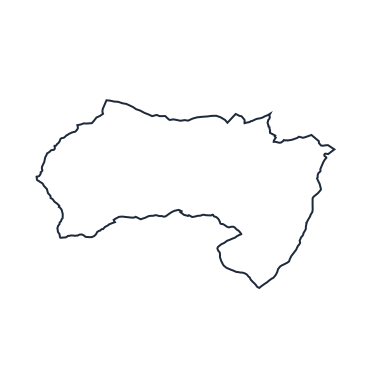 Rosia Montana, Alba, Romania, rotated 347°
{"feature_id": "2599482B9774767997162", "entity_name": "Rosia Montana", "entity_type": "district", "adm_level": 2, "iso_a3": "ROU", "parent_name": "Romania", "parent_adm1": "Alba", "projection": "robinson", "projection_center": [23.088, 46.307], "detail": "fine", "context": "isolated", "style": "outline", "palette": "slate", "viewbox_px": 384, "rotation_deg": 347, "n_neighbors": 0, "source": "geoboundaries", "source_scale": "gbopen_adm2", "svg_char_len": 5966}
<svg xmlns="http://www.w3.org/2000/svg" viewBox="0 0 384 384"><g transform="rotate(347 192 192)"><path d="M236.0,300.6L238.1,299.5L242.2,297.8L244.7,296.9L247.5,295.5L249.3,294.7L250.3,294.3L251.2,294.2L251.9,293.9L252.8,293.3L254.9,291.7L256.9,289.3L257.9,287.7L258.3,286.7L261.1,284.4L262.2,284.0L263.4,283.6L264.9,283.3L265.9,283.1L267.6,282.6L268.7,282.4L270.0,281.9L271.0,281.4L272.1,279.6L274.2,276.9L280.7,271.5L281.8,269.9L282.4,269.3L283.1,268.3L284.0,267.8L284.6,267.3L285.5,266.4L285.8,266.0L286.0,265.5L285.9,263.8L286.4,263.0L286.9,262.4L287.7,261.3L288.3,260.5L289.0,260.1L289.6,259.7L290.7,258.6L291.1,257.9L291.2,257.4L291.5,257.0L292.5,256.0L294.5,253.8L294.7,253.1L295.2,251.4L295.3,251.0L296.2,249.1L296.6,248.3L296.4,247.9L296.9,247.5L298.7,245.4L301.6,242.3L302.3,241.1L304.8,238.5L305.7,236.0L306.9,230.3L308.1,225.3L308.9,224.4L310.1,223.6L314.4,221.5L317.7,219.1L318.3,218.3L318.2,212.7L317.8,211.3L316.9,206.9L317.8,205.8L318.0,204.6L318.6,203.2L319.5,202.0L321.7,200.8L322.0,200.2L322.1,198.9L322.4,198.3L326.7,192.4L328.6,190.4L330.6,189.0L330.6,188.3L329.4,187.0L329.1,186.2L329.4,185.3L330.0,184.7L330.9,184.7L333.2,185.7L340.3,182.5L335.1,177.0L334.1,176.8L333.2,176.6L332.7,176.6L332.1,176.5L329.5,176.3L328.1,175.6L326.7,172.9L327.0,171.0L321.2,163.3L314.3,164.1L312.3,164.1L308.6,162.2L306.7,163.0L301.1,163.6L296.6,163.3L296.1,162.9L294.2,162.7L293.2,162.0L292.0,163.0L290.0,163.8L288.7,163.8L287.1,163.2L285.8,162.4L284.3,161.8L282.9,161.5L283.4,160.2L285.9,157.8L285.1,156.4L285.8,155.7L281.3,151.9L281.5,150.6L281.9,150.1L281.8,147.4L282.1,146.4L281.3,145.6L281.3,144.6L281.5,144.5L281.2,142.2L281.3,141.2L281.9,140.4L282.3,139.2L283.8,138.1L284.6,136.8L284.6,134.7L285.8,133.3L283.4,134.1L280.7,134.5L277.0,135.4L274.5,135.5L272.3,135.3L270.3,135.5L266.7,136.3L265.9,136.3L265.3,136.2L264.6,136.6L263.7,136.8L261.3,136.7L258.7,136.8L258.7,136.2L258.9,135.6L259.3,134.5L259.4,133.6L259.1,132.8L257.3,129.4L256.6,129.0L255.5,128.6L253.0,126.5L252.1,125.8L242.1,132.5L240.4,129.2L236.5,125.5L232.8,123.2L228.1,122.2L224.4,121.9L218.7,121.0L213.7,120.4L209.2,120.6L204.2,121.6L201.1,120.3L196.8,120.0L192.5,118.0L190.0,117.0L187.8,116.9L186.4,116.7L185.5,115.8L183.0,112.0L177.5,110.8L175.0,109.0L170.2,109.1L167.0,106.6L163.7,104.4L159.7,100.9L156.1,98.7L153.8,96.1L151.3,94.1L147.8,91.4L144.4,90.0L140.3,87.5L136.6,86.4L132.6,84.5L129.3,83.4L123.6,91.2L122.7,93.8L122.9,95.8L119.4,97.2L115.7,97.9L112.8,100.3L109.9,102.4L104.3,101.5L102.0,100.8L98.7,101.2L95.3,101.1L95.4,102.2L95.3,103.2L95.2,104.0L94.9,104.5L94.0,105.5L93.1,106.0L92.7,106.5L91.8,106.9L91.3,107.0L90.1,106.9L89.4,107.0L88.4,107.0L87.8,107.1L86.8,107.4L85.7,107.5L83.5,108.4L82.6,108.5L82.0,108.8L81.7,109.1L81.4,109.3L79.6,110.2L78.9,110.3L78.0,110.3L77.4,110.2L76.8,110.3L76.0,110.6L75.5,111.1L74.6,112.5L74.3,113.0L73.3,113.8L72.8,114.3L72.0,114.6L71.4,114.9L70.4,115.9L69.9,116.2L69.5,116.3L68.5,116.1L68.1,115.5L68.5,117.1L68.1,118.7L67.7,119.3L67.1,119.7L66.6,119.8L65.7,119.8L64.7,119.6L64.0,119.7L63.3,120.1L62.7,120.6L61.3,121.2L59.7,121.7L59.3,122.0L58.7,123.0L57.0,125.0L56.4,125.9L56.1,126.7L55.5,127.9L55.1,128.8L54.9,129.4L53.5,131.1L52.6,132.4L52.0,133.0L51.3,134.2L51.0,135.7L50.9,135.9L51.1,136.7L51.0,137.3L50.7,137.8L50.0,138.3L49.0,138.7L48.9,138.9L48.8,139.9L48.6,140.2L47.3,141.6L46.5,142.1L45.5,142.2L44.9,142.2L44.3,142.1L44.0,142.1L43.9,142.6L44.0,143.1L43.7,144.9L43.8,145.5L44.3,146.1L45.5,147.1L46.0,147.8L47.7,149.4L48.4,150.4L48.8,151.5L49.0,152.7L49.6,153.6L50.8,155.7L51.3,156.5L51.3,157.7L51.4,160.1L51.5,160.9L52.2,162.0L53.1,163.7L53.2,164.3L52.9,166.1L54.6,167.6L55.9,170.7L57.8,172.8L59.2,174.9L59.6,175.6L59.5,175.8L59.2,176.1L58.9,176.6L59.6,177.1L60.9,179.7L61.0,180.5L61.1,184.3L60.4,187.2L59.9,188.6L58.7,189.4L57.8,191.0L56.2,192.0L55.6,193.6L53.8,195.0L53.6,195.6L53.1,196.2L52.6,197.3L52.7,198.5L52.4,200.0L52.6,201.3L53.3,202.9L53.4,204.3L53.2,205.6L53.2,206.0L53.5,207.0L58.8,207.8L59.8,207.5L60.5,207.3L61.1,206.9L61.8,206.9L62.6,207.2L64.4,207.1L65.6,207.5L67.2,207.9L68.1,208.4L70.1,208.5L70.4,208.7L71.4,208.6L72.8,208.2L74.6,208.5L75.4,208.8L76.1,209.3L77.6,210.9L78.1,211.7L81.4,212.8L84.1,213.4L86.5,213.0L87.9,212.3L89.5,211.1L90.4,209.8L92.3,209.0L94.0,208.9L94.5,208.4L96.1,207.9L97.0,208.1L99.3,206.5L102.7,205.6L103.8,204.9L109.1,204.1L110.1,204.1L109.4,201.6L111.1,200.9L115.3,199.8L118.3,200.2L127.8,203.5L130.2,203.9L131.6,203.5L135.8,207.0L140.4,206.6L142.7,206.1L144.8,205.7L146.7,206.0L148.7,206.4L151.6,206.4L154.8,208.1L157.0,208.6L159.0,209.7L160.5,209.8L162.3,209.2L164.5,208.2L167.7,207.0L170.6,206.4L174.8,206.4L175.8,206.9L176.5,207.6L177.6,208.4L177.3,208.9L176.2,209.1L179.2,212.6L182.3,214.1L182.5,214.4L182.9,214.4L183.8,213.9L186.5,216.4L189.2,216.6L192.2,216.5L193.0,216.6L194.4,216.9L195.3,216.9L196.9,216.7L197.6,216.7L198.2,216.8L198.8,217.0L200.2,217.7L202.3,218.3L205.2,219.1L206.3,218.9L207.1,218.8L207.5,219.2L207.7,220.2L207.8,220.5L210.2,222.1L211.2,223.5L211.8,224.7L212.1,225.6L212.2,226.6L212.4,227.1L212.5,227.7L212.5,228.9L212.7,229.3L213.4,229.8L214.1,229.9L215.0,230.3L216.0,231.2L218.1,233.5L219.2,234.4L219.6,234.6L220.3,234.8L221.9,234.7L223.0,234.8L224.4,235.1L225.3,235.8L225.7,236.2L226.9,238.3L227.7,239.3L228.4,239.8L228.9,240.6L229.7,242.0L230.5,243.8L230.5,244.2L230.1,244.3L228.4,244.5L226.1,245.1L223.7,246.1L220.4,246.6L218.4,247.0L216.2,247.3L215.0,247.5L214.4,247.8L213.4,248.2L212.2,248.8L208.9,249.5L206.7,250.5L205.1,251.3L204.5,251.9L204.0,252.9L204.4,255.2L205.4,257.1L205.2,259.4L204.6,261.5L204.7,263.3L204.9,265.1L205.1,266.4L205.4,267.5L205.8,269.2L206.4,270.9L208.5,273.6L209.7,274.5L212.6,276.6L214.2,277.6L217.1,279.8L219.1,280.5L220.9,281.3L222.4,281.7L223.6,282.2L225.1,283.1L226.6,284.5L226.9,284.8L228.1,287.2L228.6,287.9L228.9,288.1L229.1,288.6L229.2,289.4L229.5,290.5L229.9,291.4L230.4,292.1L230.6,292.7L231.1,293.3L233.0,296.3L233.5,297.4L233.9,298.6L234.6,299.5L236.0,300.6Z" fill="none" stroke="#1e293b" stroke-width="2"/></g></svg>